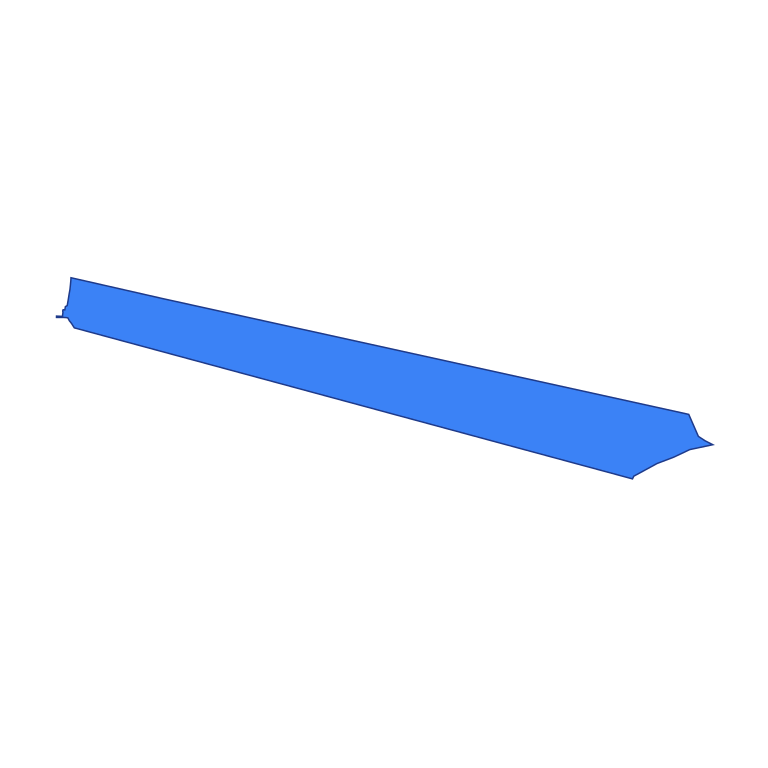 the district of Ngercheluuk, Ngiwal, Palau, rotated 190°
{"feature_id": "81905179B58840706611886", "entity_name": "Ngercheluuk", "entity_type": "district", "adm_level": 2, "iso_a3": "PLW", "parent_name": "Palau", "parent_adm1": "Ngiwal", "projection": "mercator", "projection_center": [134.626, 7.558], "detail": "fine", "context": "isolated", "style": "filled", "palette": "blue", "viewbox_px": 768, "rotation_deg": 190, "n_neighbors": 0, "source": "geoboundaries", "source_scale": "gbopen_adm2", "svg_char_len": 596}
<svg xmlns="http://www.w3.org/2000/svg" viewBox="0 0 768 768"><g transform="rotate(190 384 384)"><path d="M49.7,381.3L58.1,383.9L65.3,387.0L78.6,407.0L617.2,429.7L710.7,434.3L710.4,431.8L710.0,427.0L709.7,422.7L709.7,417.8L709.6,411.7L709.6,406.2L711.2,404.9L711.2,401.6L712.9,401.4L713.1,400.2L712.6,398.7L712.5,395.9L712.3,394.8L718.3,394.0L718.1,392.7L711.1,393.9L710.1,394.0L708.7,394.2L706.8,394.2L704.8,391.6L703.6,390.6L702.1,389.2L700.1,387.0L698.7,385.5L122.8,333.7L122.0,336.6L101.3,353.1L85.9,362.3L71.5,372.5L49.7,381.3Z" fill="#3b82f6" stroke="#1e3a8a" stroke-width="1.5"/></g></svg>